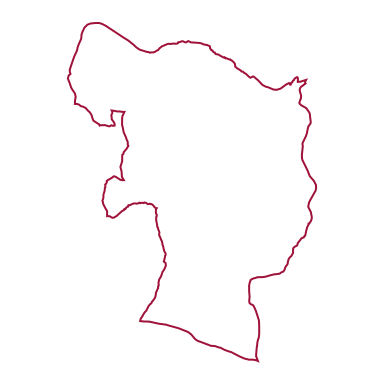 outline of Nyang'hwale, Mwanza, United Republic of Tanzania
{"feature_id": "72390352B96686223722654", "entity_name": "Nyang'hwale", "entity_type": "district", "adm_level": 2, "iso_a3": "TZA", "parent_name": "United Republic of Tanzania", "parent_adm1": "Mwanza", "projection": "albers", "projection_center": [32.613, -3.178], "detail": "fine", "context": "isolated", "style": "outline", "palette": "rose", "viewbox_px": 384, "rotation_deg": 0, "n_neighbors": 0, "source": "geoboundaries", "source_scale": "gbopen_adm2", "svg_char_len": 5815}
<svg xmlns="http://www.w3.org/2000/svg" viewBox="0 0 384 384"><path d="M107.1,216.2L108.1,216.1L109.9,216.3L111.0,217.1L112.5,217.8L113.9,217.6L116.6,216.0L122.2,210.9L123.3,210.5L123.9,209.8L124.2,209.8L124.6,209.5L124.6,208.9L125.6,208.8L126.3,207.5L126.7,207.3L127.5,206.7L128.0,206.7L128.2,206.4L128.4,205.2L129.3,205.1L130.0,205.2L130.6,204.8L133.5,203.5L134.7,203.4L136.1,203.5L136.7,203.7L137.4,203.6L138.2,203.2L138.8,203.2L139.3,202.7L140.2,203.2L141.0,202.8L142.3,202.8L143.1,203.1L143.9,203.0L144.4,202.5L146.2,202.9L146.9,203.6L148.3,204.2L149.7,203.7L150.7,204.1L151.6,204.1L152.9,205.1L153.5,205.8L154.2,206.5L154.4,207.1L155.0,207.5L155.5,208.0L156.7,208.2L155.9,209.7L155.9,213.2L156.8,214.9L156.6,215.9L156.7,216.1L156.5,216.7L156.2,217.1L156.2,220.5L156.7,222.6L157.2,225.7L157.2,226.5L157.6,227.4L158.0,227.7L158.2,229.4L158.9,230.8L159.4,232.4L159.1,235.0L160.7,238.5L161.0,239.7L161.7,240.7L162.3,242.8L162.4,244.4L163.1,246.1L163.7,249.1L164.4,251.4L165.4,253.0L165.7,254.9L165.2,255.6L164.6,258.6L163.8,261.5L165.5,262.9L165.9,265.4L165.0,267.8L164.0,269.8L162.4,272.1L161.7,274.6L160.5,277.4L159.2,279.4L158.5,282.6L158.7,285.5L158.0,286.6L158.2,287.9L157.4,289.5L155.9,292.9L155.8,294.4L155.5,296.3L154.9,297.9L153.7,299.7L151.9,301.9L151.3,303.3L150.0,304.3L148.6,306.0L146.3,310.7L144.7,312.3L143.5,314.2L142.0,316.9L140.7,318.7L140.2,321.1L144.1,321.5L149.2,321.6L159.3,323.8L162.0,324.1L163.2,324.3L166.2,324.7L169.0,325.6L178.5,328.2L188.0,332.0L191.2,334.4L195.0,339.0L197.4,340.7L211.2,345.9L213.0,345.9L215.5,346.2L218.2,347.3L220.4,347.7L224.4,349.8L228.7,351.4L231.0,352.0L239.7,356.5L244.3,358.5L249.1,359.7L252.3,359.6L256.0,360.2L257.9,361.0L256.1,356.2L256.3,352.4L256.8,347.1L256.8,346.7L257.0,346.4L257.1,345.5L257.4,342.4L258.0,339.7L258.8,337.6L259.1,335.0L259.2,333.7L259.2,326.6L259.0,320.9L258.5,319.0L255.8,310.7L253.8,306.2L252.8,305.0L251.2,304.4L250.3,303.8L249.9,303.2L249.5,302.9L249.2,301.2L249.6,296.7L249.3,293.3L249.1,289.8L249.2,286.7L249.0,286.3L249.7,282.7L250.7,279.9L252.2,279.0L253.6,278.4L255.9,277.8L257.6,277.2L259.1,277.2L259.9,277.1L262.9,277.1L266.0,276.6L269.5,275.5L274.3,274.3L276.0,274.2L279.5,273.7L281.8,272.1L283.3,271.6L284.1,270.5L284.9,268.9L285.0,268.1L285.6,266.7L287.0,264.9L287.7,263.8L287.8,261.9L288.1,261.4L288.2,260.6L288.8,258.8L290.1,257.1L291.3,256.1L293.1,252.8L293.0,250.7L293.2,249.9L293.1,249.5L293.2,248.3L294.1,247.2L296.0,246.0L296.9,245.7L297.4,244.9L297.7,243.2L301.7,238.1L302.5,237.8L303.3,237.7L303.2,237.7L303.6,237.5L304.4,236.2L304.6,236.3L305.3,235.3L306.2,230.9L307.2,227.1L308.4,224.9L308.5,223.6L309.2,223.6L311.0,220.9L311.8,218.3L311.7,216.1L311.2,214.4L311.0,212.4L308.2,206.8L309.0,202.6L310.2,200.2L315.5,190.8L316.1,188.4L316.0,185.0L313.9,180.9L309.8,176.2L307.4,170.1L302.4,160.0L302.0,158.1L301.9,154.8L302.8,146.3L302.5,144.2L302.6,143.0L305.8,136.4L306.8,133.7L307.6,129.5L308.3,126.6L310.6,123.3L310.7,121.5L310.1,117.0L309.8,114.0L309.3,112.5L306.3,108.2L301.2,105.2L299.6,103.7L299.3,102.9L300.5,99.3L300.6,98.8L300.9,98.6L301.1,95.8L300.9,94.6L300.6,93.9L299.8,91.2L299.7,89.6L300.0,88.4L300.3,87.8L301.5,86.4L303.1,85.4L303.5,85.0L305.1,83.8L304.8,83.7L305.2,82.5L305.2,81.7L306.1,79.9L300.4,81.7L297.8,81.9L297.9,78.2L297.3,77.2L296.8,77.2L295.2,78.1L294.3,79.2L294.0,79.9L293.7,80.2L293.2,80.5L292.8,81.0L292.7,81.6L292.4,82.0L291.7,82.4L291.6,82.9L290.9,83.3L290.5,83.8L290.4,84.1L290.7,84.6L290.4,84.7L290.1,84.6L290.1,84.2L289.7,83.8L290.0,83.8L289.8,83.3L289.4,83.1L288.9,83.1L288.4,83.3L287.9,83.7L286.0,84.6L280.6,88.6L276.7,89.8L273.3,89.5L268.5,87.4L265.8,86.7L262.4,84.9L257.9,80.1L257.1,79.5L254.1,76.9L253.0,76.4L252.1,76.9L251.3,77.4L250.3,77.7L248.8,76.6L246.0,73.9L244.1,72.8L243.0,71.7L242.2,71.7L241.3,71.3L240.9,70.6L236.9,68.1L235.2,66.6L235.2,65.7L235.1,65.4L234.9,63.8L233.6,62.1L231.5,60.3L230.1,59.7L230.0,59.4L229.5,59.5L226.7,58.4L224.9,57.5L224.9,58.0L222.8,57.1L219.7,55.4L218.4,54.5L216.9,54.3L215.6,54.0L215.0,52.7L214.5,52.7L214.1,52.5L213.3,51.7L212.7,51.4L212.6,50.8L212.4,50.4L212.0,50.4L211.3,50.1L210.7,49.1L210.1,48.4L209.9,46.3L209.1,45.9L207.4,45.2L206.9,44.9L205.2,44.8L204.1,44.4L203.4,44.3L203.4,44.2L201.0,43.3L199.7,43.0L194.8,42.6L191.0,42.4L188.3,41.1L187.0,41.7L186.4,42.3L185.1,42.3L182.6,41.2L181.6,41.3L180.3,42.0L179.0,42.1L178.0,42.5L177.9,43.3L176.6,43.7L172.4,43.6L171.0,44.0L169.2,43.8L167.5,44.0L161.7,46.5L159.4,48.4L158.1,50.1L157.0,50.5L154.5,52.1L153.0,52.4L151.6,52.4L149.7,52.7L148.8,52.1L148.2,52.0L147.6,52.1L139.8,49.7L136.6,47.6L133.4,44.6L128.4,40.6L123.1,37.3L105.9,25.9L102.3,24.0L99.1,23.0L95.6,23.0L90.5,23.5L87.4,24.7L84.5,27.6L82.5,31.8L81.6,34.3L81.2,38.8L79.2,43.2L77.7,47.1L77.0,50.5L74.2,56.6L71.5,64.4L69.7,69.9L69.9,72.3L70.5,73.9L68.6,75.6L67.9,78.7L69.5,82.6L71.2,87.6L72.0,89.1L74.9,93.4L75.7,96.9L75.1,99.9L74.9,103.9L77.1,104.0L79.0,104.6L80.8,106.1L82.8,106.6L85.4,107.8L87.8,110.5L89.9,112.4L91.6,115.2L92.4,118.1L93.4,120.6L97.4,123.3L98.9,124.2L99.7,125.6L100.4,125.2L103.2,125.2L104.9,125.1L108.5,126.2L109.7,126.3L110.7,125.6L111.5,125.3L112.9,125.8L114.6,125.6L114.7,124.1L114.0,122.4L111.7,119.2L111.7,117.3L111.3,115.3L112.3,113.0L112.4,111.9L111.7,110.5L114.9,110.9L116.7,111.4L120.1,111.5L122.3,111.9L124.4,111.9L122.4,116.2L122.1,118.9L122.1,125.1L122.8,127.6L123.7,132.3L125.9,137.2L126.7,139.7L127.7,141.7L127.8,145.0L128.4,145.8L126.6,148.8L123.6,152.3L123.6,153.1L123.3,154.0L122.3,154.8L122.2,156.3L122.2,161.2L120.4,166.9L121.6,171.6L121.9,176.8L123.8,180.1L122.3,180.1L120.4,179.8L115.3,176.6L113.8,176.3L111.6,178.0L107.8,180.1L106.8,180.9L106.8,182.2L106.2,183.6L105.2,184.5L105.4,187.0L104.9,187.7L104.7,190.3L104.4,191.5L103.8,193.4L103.4,195.3L103.4,197.8L102.4,200.9L103.0,202.3L103.2,204.0L105.2,207.9L107.1,211.1L107.1,216.2Z" fill="none" stroke="#9f1239" stroke-width="2"/></svg>